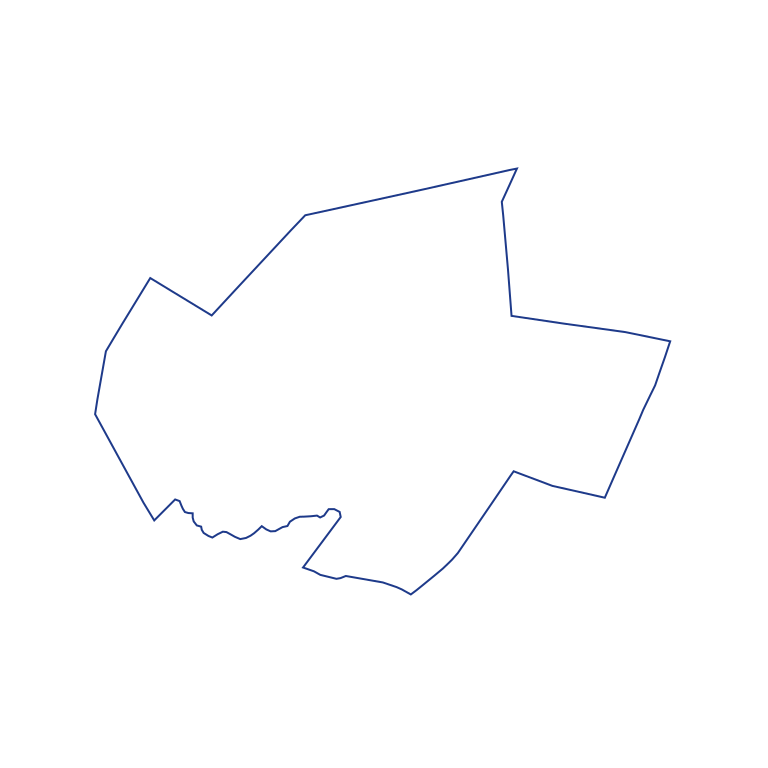 the district of Embakasi East, Nairobi, Kenya, rotated 239°
{"feature_id": "3690345B74983117878970", "entity_name": "Embakasi East", "entity_type": "district", "adm_level": 2, "iso_a3": "KEN", "parent_name": "Kenya", "parent_adm1": "Nairobi", "projection": "equal_earth", "projection_center": [36.924, -1.309], "detail": "fine", "context": "isolated", "style": "outline", "palette": "blue", "viewbox_px": 768, "rotation_deg": 239, "n_neighbors": 0, "source": "geoboundaries", "source_scale": "gbopen_adm2", "svg_char_len": 1438}
<svg xmlns="http://www.w3.org/2000/svg" viewBox="0 0 768 768"><g transform="rotate(239 384 384)"><path d="M253.2,231.1L241.5,242.9L240.0,246.8L239.1,252.4L214.5,280.8L203.4,290.2L198.7,293.5L195.7,295.2L189.8,298.6L190.5,305.5L191.4,312.0L193.8,328.6L194.6,333.7L195.5,339.4L197.3,347.4L198.4,351.9L201.1,360.3L226.8,416.2L240.2,445.2L242.4,450.2L237.3,454.2L209.9,475.9L199.7,486.6L172.8,514.7L187.2,535.0L222.3,584.6L228.3,592.8L237.0,606.1L243.2,615.7L251.6,625.7L262.3,638.6L273.2,651.3L304.1,617.7L343.1,569.3L376.7,528.4L418.2,549.2L467.1,573.0L479.5,578.8L489.9,594.0L500.2,608.9L502.8,601.7L530.0,519.5L554.7,446.2L569.2,403.4L563.8,383.7L543.2,312.0L541.3,305.4L531.5,271.6L572.3,250.2L581.5,245.4L595.2,238.2L570.5,190.9L562.4,175.7L555.3,162.5L518.3,130.3L506.9,120.8L460.5,118.9L406.1,116.7L385.4,116.8L392.6,145.5L388.9,148.5L384.1,147.7L380.6,147.3L376.8,147.4L374.2,149.8L371.7,153.4L368.0,151.2L364.2,150.1L359.2,150.7L355.9,153.8L352.9,152.7L349.2,152.7L344.1,155.3L340.8,157.8L340.9,164.1L340.4,169.8L338.2,172.7L333.7,175.3L329.8,177.5L325.1,180.9L323.1,186.4L322.7,191.5L323.0,195.8L324.0,201.4L325.1,206.0L320.0,208.2L316.1,210.9L313.9,215.0L313.6,223.3L312.0,228.1L314.4,232.4L314.7,238.3L313.6,243.4L311.4,247.3L308.3,253.2L305.7,258.8L302.5,260.5L302.1,264.9L303.6,268.3L305.2,272.1L302.4,276.9L297.2,280.1L292.3,278.4L268.4,220.1L259.5,227.5L253.2,231.1Z" fill="none" stroke="#1e3a8a" stroke-width="2"/></g></svg>